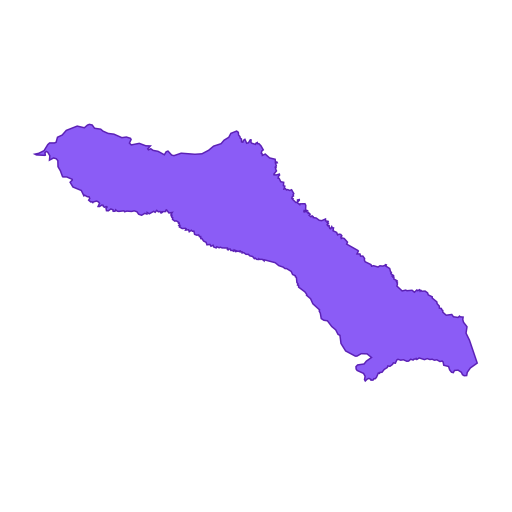 Feliz Natal, Mato Grosso, Brazil (Robinson projection), rotated 252°
{"feature_id": "56859067B37239416580706", "entity_name": "Feliz Natal", "entity_type": "district", "adm_level": 2, "iso_a3": "BRA", "parent_name": "Brazil", "parent_adm1": "Mato Grosso", "projection": "robinson", "projection_center": [-54.221, -11.85], "detail": "fine", "context": "isolated", "style": "filled", "palette": "violet", "viewbox_px": 512, "rotation_deg": 252, "n_neighbors": 0, "source": "geoboundaries", "source_scale": "gbopen_adm2", "svg_char_len": 6134}
<svg xmlns="http://www.w3.org/2000/svg" viewBox="0 0 512 512"><g transform="rotate(252 256 256)"><path d="M294.4,312.2L294.6,310.4L298.6,308.3L299.1,308.9L299.9,307.9L301.2,308.9L301.5,310.2L302.8,310.2L303.6,311.2L308.0,310.3L307.9,308.3L309.4,306.6L309.4,305.4L311.0,304.8L311.1,303.3L313.5,305.0L314.4,303.8L317.5,305.1L319.0,302.5L322.7,302.0L323.1,301.1L324.7,301.8L325.6,303.4L326.7,303.5L326.8,300.3L327.7,298.2L328.4,298.4L330.6,301.8L332.9,301.5L334.0,302.4L334.6,301.8L335.4,303.2L338.4,303.2L338.1,305.0L338.9,304.9L339.4,303.6L342.1,304.1L345.1,299.2L350.1,296.3L349.7,293.1L351.3,293.4L352.1,292.8L354.1,294.0L354.7,295.7L359.2,294.8L361.9,293.5L362.4,292.1L363.5,292.3L363.3,290.8L362.3,290.0L364.7,286.7L365.7,286.3L367.9,287.2L368.3,286.5L366.0,283.8L366.1,282.0L370.4,281.5L369.9,279.9L368.3,278.6L369.0,277.5L371.8,278.3L373.0,277.4L374.6,277.6L376.4,276.8L379.1,277.4L380.8,276.2L380.4,270.0L377.3,266.8L376.0,261.4L373.6,257.5L373.6,249.6L371.2,243.7L369.9,236.2L371.6,229.4L376.9,216.6L376.8,209.0L378.0,207.0L383.0,204.7L382.9,202.8L380.6,200.1L385.8,195.2L388.3,190.7L390.5,189.1L390.2,186.5L391.4,186.1L393.3,189.5L394.9,185.2L399.2,179.8L400.2,171.7L402.5,170.5L405.4,173.2L406.7,173.0L409.2,169.5L410.0,165.0L415.8,158.5L418.3,153.2L422.1,149.0L424.6,147.5L427.4,141.9L431.2,140.7L432.7,138.2L432.6,136.2L431.0,132.4L434.8,126.1L434.1,114.4L430.9,109.0L430.3,103.9L425.9,101.0L425.8,99.2L427.3,94.6L426.3,92.4L421.7,87.0L420.8,81.1L421.2,77.2L420.0,78.4L417.0,86.2L417.0,86.8L419.5,87.2L420.2,88.9L419.1,90.0L415.0,90.9L411.0,89.2L411.8,93.8L410.2,96.1L407.9,97.0L402.1,95.3L397.5,96.3L391.6,96.5L390.9,96.8L389.7,100.4L385.7,104.9L385.0,104.8L383.6,102.0L378.2,103.2L372.3,110.1L366.4,110.9L366.8,111.8L364.5,113.9L363.9,115.5L362.1,115.7L360.8,114.1L358.5,115.5L358.3,116.6L357.2,117.3L357.7,117.9L357.5,121.4L356.2,122.8L354.5,123.5L351.9,121.1L351.4,122.3L352.1,125.2L351.4,126.3L350.4,126.1L349.2,126.9L349.3,128.9L348.6,129.5L347.7,128.1L345.3,127.8L344.6,129.5L345.6,132.5L344.1,134.3L342.9,133.9L342.4,134.6L342.2,135.9L343.3,136.8L341.6,137.8L340.8,139.3L339.8,144.3L338.7,144.7L338.6,147.1L336.8,151.4L336.6,154.1L334.9,156.4L332.0,157.3L330.1,159.8L330.9,163.4L329.6,165.2L331.1,165.9L329.1,167.5L330.1,172.5L328.7,173.6L330.1,175.7L328.2,176.8L328.0,178.5L326.2,179.0L326.4,180.2L327.2,180.3L326.2,183.8L327.4,184.4L327.5,185.2L323.8,186.5L323.3,189.8L322.0,188.1L321.3,188.6L320.6,188.5L320.7,187.8L318.9,187.9L318.4,188.6L316.6,187.9L314.2,189.6L314.2,190.8L312.6,192.4L311.2,192.4L311.3,193.1L309.5,193.0L308.8,192.0L308.0,193.1L307.2,192.2L304.9,194.3L304.1,197.5L303.4,198.0L302.4,197.0L301.8,200.0L299.7,200.0L300.5,202.4L299.2,203.1L298.8,204.6L295.6,204.3L294.1,206.1L293.7,208.0L291.8,208.2L291.6,209.4L289.6,208.9L289.3,209.9L286.4,210.8L284.4,212.8L281.8,212.8L281.2,215.8L279.2,216.2L279.5,218.5L277.6,218.6L276.0,220.6L276.9,221.6L275.2,223.5L275.4,224.8L274.2,226.2L272.4,231.3L271.0,230.8L270.4,231.4L271.0,232.1L270.6,233.6L269.0,233.8L268.7,235.1L267.6,236.0L268.5,236.9L266.5,237.8L266.4,238.6L267.4,238.5L266.0,240.3L265.7,242.2L265.2,241.7L264.8,242.2L264.3,244.0L263.2,243.7L263.0,245.4L260.7,247.0L259.9,249.3L258.1,250.1L256.6,252.6L254.0,253.6L254.3,254.5L252.6,255.6L251.9,257.3L252.5,257.8L251.7,258.3L250.9,260.9L248.9,262.2L249.9,262.6L243.7,272.2L239.8,274.7L237.1,278.3L235.0,279.8L234.6,281.2L230.5,284.7L227.1,285.1L225.1,287.3L224.1,287.0L223.2,287.8L218.1,286.7L216.6,287.3L215.6,286.5L214.8,287.4L213.2,286.9L206.8,291.4L203.8,292.4L203.1,291.9L198.5,294.7L193.0,295.3L185.1,299.8L184.1,299.1L181.8,299.5L176.3,298.7L173.9,300.7L172.3,303.9L165.6,306.2L161.1,309.0L156.1,309.8L154.6,311.3L146.5,309.8L138.0,311.9L130.1,319.5L129.6,321.1L130.6,325.9L128.6,331.4L123.8,334.5L121.9,328.4L119.9,325.4L121.0,319.0L119.9,316.9L117.6,316.3L115.9,316.8L111.1,322.0L107.9,322.6L104.9,321.0L103.4,321.3L104.6,323.8L104.7,325.6L103.0,327.2L102.4,327.0L101.8,328.9L102.9,330.3L102.4,331.2L103.2,332.9L106.9,336.2L106.2,337.2L107.0,337.8L106.5,339.9L108.5,342.9L109.4,346.5L110.7,347.4L109.7,349.3L110.7,352.3L111.9,353.6L111.0,355.4L113.6,357.8L113.9,359.1L112.2,361.4L111.8,364.1L109.3,366.9L108.9,368.7L110.0,371.2L108.5,373.3L109.1,374.5L108.6,376.1L109.0,376.6L107.9,377.0L108.6,379.7L105.4,384.2L105.5,387.1L103.8,389.4L103.4,391.7L101.8,393.4L101.4,395.9L98.8,398.3L98.6,400.5L97.4,401.2L94.1,400.8L91.4,405.0L87.9,405.0L85.1,406.0L84.1,407.6L85.8,409.4L85.0,412.9L81.9,415.4L79.3,415.7L77.8,417.0L77.2,419.4L80.1,421.0L83.3,425.3L85.8,433.3L110.0,433.0L117.7,431.9L123.5,434.8L128.8,432.9L131.6,433.0L133.9,434.1L135.1,431.3L135.9,431.0L135.1,429.2L137.2,425.0L139.9,424.1L140.9,418.6L144.8,416.3L146.5,416.8L147.6,416.0L148.8,416.1L149.7,414.3L151.8,414.8L154.7,413.5L156.5,413.8L161.5,410.6L162.7,411.0L165.8,407.8L167.9,407.8L170.4,406.0L171.2,402.9L172.4,402.2L171.8,401.2L173.4,401.0L173.0,399.1L174.0,398.5L172.3,394.9L172.8,395.4L175.2,393.8L176.3,388.9L177.3,387.8L177.6,384.2L183.9,380.7L185.7,381.9L187.1,381.7L187.5,382.4L188.6,381.7L189.0,382.4L191.5,380.0L193.2,380.6L193.6,379.8L194.7,380.8L195.2,380.6L195.0,379.4L196.2,379.8L197.5,378.8L198.6,379.7L199.4,379.1L202.8,379.3L206.2,376.4L207.3,377.2L207.8,376.4L207.2,375.9L207.2,373.5L208.4,370.8L207.8,368.7L210.5,364.7L210.6,362.8L212.3,362.7L216.8,358.0L218.7,357.8L220.0,358.5L222.9,357.6L223.6,355.4L225.8,355.5L226.8,352.7L229.1,354.9L229.9,354.5L239.3,345.9L240.9,347.3L245.4,345.3L246.5,343.6L246.3,342.5L247.8,342.6L248.6,343.9L250.3,343.3L251.1,341.8L250.9,340.1L253.5,340.0L256.2,337.1L258.8,338.4L259.2,337.2L260.5,337.1L258.9,335.4L259.4,334.7L261.9,334.6L262.2,335.5L262.5,333.7L263.7,333.3L264.4,334.8L265.8,334.0L266.1,335.3L266.7,335.3L267.9,333.0L269.7,333.5L269.3,329.4L270.4,327.2L273.5,325.0L274.9,322.3L275.6,322.6L276.9,321.7L276.3,320.4L278.3,319.1L279.0,320.4L280.3,319.8L280.5,318.8L281.5,319.2L283.0,316.8L283.0,315.4L283.7,315.3L284.4,315.8L283.3,317.2L283.5,318.6L284.5,317.4L288.8,319.0L290.6,318.7L292.0,314.0L291.3,313.5L293.6,311.9L294.4,312.2ZM294.4,312.2L295.6,314.4L296.3,314.6L296.5,312.8L294.4,312.2Z" fill="#8b5cf6" stroke="#5b21b6" stroke-width="1.5"/></g></svg>